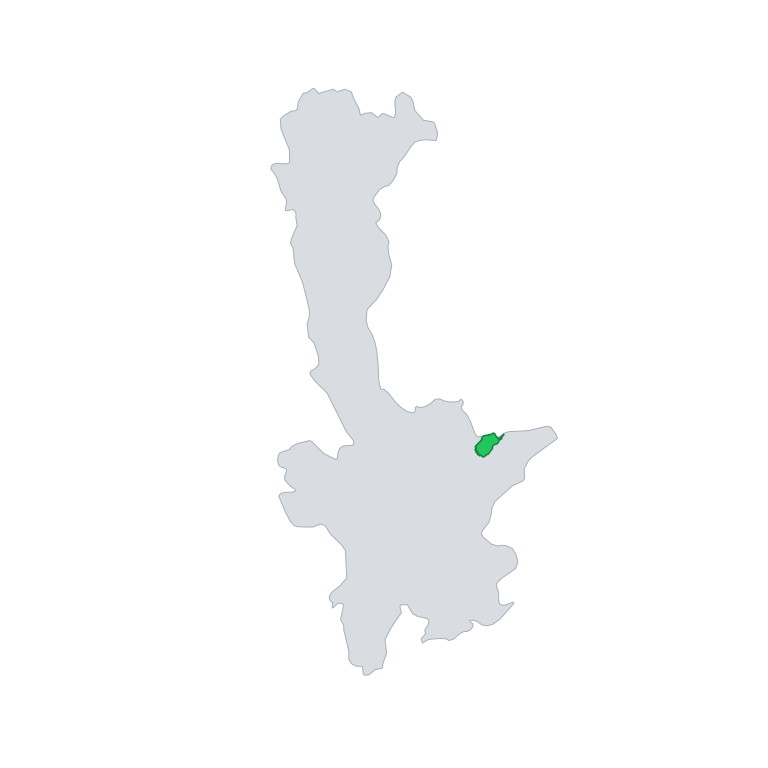 location of Meun, Vientiane, Laos, rotated 210°
{"feature_id": "54806243B19210763437500", "entity_name": "Meun", "entity_type": "district", "adm_level": 2, "iso_a3": "LAO", "parent_name": "Laos", "parent_adm1": "Vientiane", "projection": "albers", "projection_center": [101.935, 18.217], "detail": "fine", "context": "in_parent", "style": "filled", "palette": "green", "viewbox_px": 768, "rotation_deg": 210, "n_neighbors": 0, "source": "geoboundaries", "source_scale": "gbopen_adm2", "svg_char_len": 7241}
<svg xmlns="http://www.w3.org/2000/svg" viewBox="0 0 768 768"><g transform="rotate(210 384 384)"><path d="M277.7,129.2L280.9,135.1L295.8,150.8L298.3,155.0L303.8,158.3L308.4,172.3L310.3,173.1L312.8,172.1L314.6,170.2L316.1,164.8L317.1,164.2L318.8,168.6L323.0,169.9L324.8,171.9L325.4,175.3L324.8,178.7L321.4,186.7L319.3,197.4L334.0,220.3L340.1,223.4L354.7,227.0L364.6,232.0L369.2,230.7L373.5,225.0L378.7,221.8L388.4,216.8L391.3,216.5L396.7,218.3L405.6,223.9L419.2,234.4L418.8,237.3L416.4,240.1L409.3,244.5L407.0,247.2L408.4,248.2L414.4,248.8L421.5,251.1L423.7,253.9L425.0,260.3L426.3,261.5L432.8,260.6L434.9,261.5L437.3,263.5L439.7,268.8L439.7,272.7L433.3,279.9L432.6,284.0L429.3,289.1L420.4,297.6L418.0,298.1L401.4,293.7L388.2,294.5L387.1,296.3L389.4,301.3L390.1,306.3L388.1,310.2L380.5,315.2L380.3,317.4L381.9,319.6L393.0,324.0L428.6,347.6L444.8,351.9L451.9,354.9L453.8,356.5L453.8,358.6L452.0,361.4L450.5,366.1L450.5,368.9L452.2,371.7L455.1,375.7L465.2,384.7L472.5,386.7L480.4,397.1L482.8,406.2L486.7,412.0L505.5,431.5L521.3,443.3L530.8,456.3L535.3,459.1L536.9,463.8L538.4,477.7L543.9,484.5L545.1,487.2L547.5,489.2L550.1,489.6L555.5,484.9L556.6,485.5L559.2,492.8L561.5,495.4L569.9,499.7L578.8,508.2L583.6,511.3L589.6,513.6L590.5,516.4L589.5,519.3L587.7,521.1L577.7,526.5L576.4,528.8L583.4,539.9L600.7,553.3L606.2,561.5L605.2,565.6L600.8,573.9L597.4,576.2L596.5,578.7L599.3,585.3L599.3,595.5L596.2,598.1L593.4,604.4L591.3,604.9L586.0,602.8L575.4,613.9L570.7,613.5L565.4,619.7L558.3,620.6L553.3,616.3L542.7,609.4L538.9,605.0L535.8,608.9L530.4,612.8L522.6,611.6L520.7,617.1L519.2,618.1L509.8,619.2L508.1,620.1L509.7,625.0L515.4,633.2L517.2,638.0L513.9,645.9L504.2,645.9L499.8,642.8L494.2,636.3L481.6,632.1L473.4,635.3L470.9,635.2L464.5,629.7L462.1,626.2L460.6,620.9L470.0,616.4L474.8,612.9L477.9,609.3L479.1,605.5L480.3,590.0L481.6,584.5L480.7,577.8L478.0,572.6L477.9,564.7L479.1,558.3L482.6,555.0L485.0,550.3L486.3,540.0L485.1,537.3L481.6,534.9L475.6,532.6L471.8,529.6L470.2,526.0L470.3,522.7L472.0,519.9L467.5,516.9L456.7,513.7L450.6,509.7L449.3,504.9L444.7,498.7L436.9,491.1L432.6,480.0L432.0,465.5L432.7,453.6L435.9,439.9L431.2,430.0L426.2,424.9L419.3,421.1L412.8,415.7L406.5,408.6L399.0,398.1L390.2,384.2L384.3,377.9L381.4,379.4L375.1,378.2L365.6,374.2L357.3,372.1L350.3,371.8L345.7,372.8L343.6,375.0L343.4,377.1L345.2,379.2L344.3,380.8L340.6,382.0L337.6,384.3L334.3,389.5L332.0,396.2L328.5,398.9L323.1,399.5L317.8,401.4L312.5,404.7L310.1,407.2L310.4,408.9L309.2,409.3L306.7,408.4L305.4,406.1L305.6,402.6L302.9,400.3L297.4,399.1L291.1,395.3L279.2,385.6L276.5,385.2L272.6,387.7L267.5,393.2L263.3,395.3L260.0,394.2L257.4,396.1L255.6,401.1L252.3,405.0L236.2,415.4L221.8,428.9L218.1,430.1L209.4,426.2L206.6,423.6L218.7,396.0L220.6,389.3L220.2,380.5L215.2,373.0L215.0,370.9L215.8,368.6L221.9,360.1L229.1,338.1L228.7,331.2L225.6,323.6L224.0,316.5L225.4,306.7L224.9,302.9L221.6,301.0L210.7,299.0L204.4,300.6L201.4,303.2L197.7,304.9L190.9,305.7L184.4,302.4L179.0,296.8L177.8,289.9L184.7,275.2L186.4,269.5L186.2,266.8L185.1,264.0L183.4,263.6L180.0,260.1L176.7,254.0L173.5,251.2L170.5,251.7L167.7,253.9L163.2,259.7L161.8,258.9L165.9,238.6L169.8,230.0L174.2,226.0L178.9,224.3L183.9,225.0L188.0,224.3L191.3,222.2L191.0,221.0L187.1,220.7L185.6,218.3L186.4,214.0L188.2,211.2L190.9,209.9L193.5,205.6L196.1,198.2L199.2,194.4L202.8,194.4L209.0,191.2L217.8,185.0L221.2,178.9L224.5,181.7L223.2,188.7L225.0,190.2L225.8,192.8L225.3,196.7L226.0,200.0L227.3,201.7L229.3,202.5L238.6,199.6L244.2,199.4L253.6,204.6L259.1,200.8L259.1,199.4L254.6,194.5L256.0,176.7L255.4,163.1L247.8,153.1L246.3,149.1L245.5,142.5L243.4,136.9L248.8,132.4L251.8,124.1L255.6,122.1L256.8,122.4L261.5,128.7L267.4,125.5L271.9,125.6L275.7,127.2L277.7,129.2Z" fill="#d9dde1" stroke="#a8b0b8" stroke-width="1"/><path d="M264.3,370.6L264.2,370.6L264.0,370.4L263.0,370.4L262.4,370.3L261.9,370.4L261.2,370.6L260.9,371.1L259.9,373.7L259.4,374.5L258.8,375.1L258.6,375.8L258.4,376.7L258.3,378.6L258.1,379.9L257.9,380.9L257.9,382.5L258.2,383.2L258.5,383.7L258.7,384.4L258.8,384.9L258.6,385.6L258.2,386.5L257.4,387.4L256.6,388.2L256.4,388.5L256.2,388.9L256.0,389.2L255.8,389.6L255.8,389.9L255.8,390.4L255.9,391.5L255.9,392.1L255.8,392.5L255.7,393.2L255.8,393.7L255.8,394.0L255.7,394.3L255.5,394.5L255.2,394.7L254.8,395.1L254.9,395.3L254.9,395.5L254.9,395.8L254.8,396.0L255.0,396.3L255.3,396.3L255.4,396.5L255.5,396.5L255.6,396.8L255.5,397.1L255.5,397.5L255.4,397.7L255.2,398.0L255.2,398.4L255.0,398.7L254.9,399.0L254.8,399.5L254.8,399.8L255.0,400.0L255.0,399.9L255.1,399.7L255.1,399.3L255.2,399.2L255.3,398.9L255.7,398.6L255.8,398.5L255.9,398.3L256.0,398.0L256.2,397.1L256.2,396.4L256.2,396.2L256.3,396.0L256.3,395.9L256.7,395.6L256.8,395.0L256.9,394.8L256.9,394.4L257.0,394.3L257.0,394.1L257.2,393.9L257.3,393.9L257.7,393.6L257.8,393.6L258.0,393.6L258.3,393.9L258.4,394.0L258.5,394.2L258.9,394.2L259.5,394.5L259.8,394.5L260.1,394.5L260.3,394.5L260.6,394.6L260.8,394.7L260.9,394.9L261.0,395.0L261.4,395.1L261.7,395.3L261.9,395.3L262.1,395.4L262.3,395.6L262.5,395.7L262.6,395.8L263.0,396.1L263.1,396.3L263.4,396.4L263.5,396.5L264.0,396.3L264.2,396.2L265.0,395.9L265.3,395.7L265.3,395.2L265.5,394.6L265.8,394.4L265.8,394.2L266.0,394.0L266.5,393.5L266.7,393.3L267.0,393.1L267.4,392.9L267.6,392.7L267.8,392.6L267.9,392.4L267.8,392.0L267.8,391.9L267.9,391.7L268.0,391.7L268.2,391.8L268.4,391.8L268.6,391.4L269.0,391.2L269.3,391.0L269.4,390.9L269.5,390.7L269.8,390.5L270.0,390.5L270.2,390.4L270.3,390.3L270.5,390.1L270.7,389.8L270.8,389.8L270.9,389.7L271.1,389.4L271.3,389.4L271.4,389.2L271.5,389.1L271.7,388.9L271.9,388.8L272.0,388.7L272.0,388.4L272.2,387.6L272.2,387.3L272.2,387.0L272.2,386.7L272.1,386.3L272.1,386.0L272.2,385.2L271.9,385.0L271.7,385.0L271.4,385.0L271.3,384.6L271.2,384.4L271.3,384.2L271.5,383.9L271.8,383.2L271.8,382.7L272.0,382.4L272.1,382.2L271.9,381.9L271.9,381.7L272.3,381.4L272.4,381.1L272.4,380.9L272.4,380.7L272.6,380.4L272.7,380.1L272.7,379.7L272.8,379.4L272.9,379.2L272.9,378.9L272.9,378.7L272.7,378.5L272.7,378.4L272.8,378.2L273.2,377.7L273.4,377.4L273.0,377.2L272.9,377.1L272.9,376.9L273.0,376.5L273.2,376.3L273.4,376.2L273.5,375.8L273.6,375.6L273.4,375.5L273.2,375.4L273.2,375.0L273.0,374.8L272.9,374.7L272.7,374.5L272.4,374.6L272.1,374.5L272.2,374.4L272.2,374.2L272.0,373.9L272.0,373.7L272.2,373.4L272.3,373.1L272.2,373.0L272.2,372.9L271.9,373.0L271.8,372.9L271.7,372.8L271.4,372.7L271.5,372.6L271.5,372.4L271.4,372.4L271.4,372.2L271.5,372.2L271.4,372.1L271.3,371.9L271.2,371.9L271.1,372.0L270.9,372.1L270.9,371.8L270.8,371.7L270.7,371.7L270.7,371.9L270.6,372.0L270.4,372.0L270.1,372.0L270.1,371.9L269.7,372.1L269.8,372.3L269.7,372.3L269.5,372.2L269.4,372.1L269.2,372.0L269.1,371.9L269.1,371.7L269.1,371.4L269.2,371.2L269.3,371.1L269.2,371.1L269.2,370.9L268.9,370.9L268.8,371.0L268.8,370.8L268.8,370.7L268.5,370.7L268.4,370.5L268.3,370.4L268.2,370.3L268.1,370.2L267.9,370.1L267.8,370.3L267.7,370.4L267.7,370.2L267.4,369.8L267.2,369.8L267.1,369.7L267.0,369.8L266.9,369.9L266.9,370.0L266.7,370.1L266.6,370.3L266.6,370.2L266.4,370.2L266.5,370.4L266.4,370.5L266.2,370.6L265.9,370.6L265.8,370.4L265.7,370.5L265.4,370.5L265.4,370.4L265.3,370.2L265.2,370.0L265.0,370.3L264.9,370.5L264.7,370.6L264.4,370.6L264.3,370.6Z" fill="#22c55e" stroke="#15803d" stroke-width="1.5"/></g></svg>